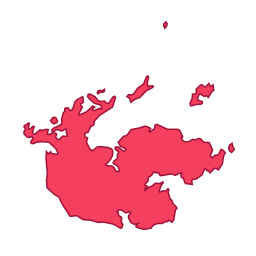 outline of Ongjin, Hwanghae-namdo, North Korea, rotated 175°
{"feature_id": "82179303B18261928237919", "entity_name": "Ongjin", "entity_type": "district", "adm_level": 2, "iso_a3": "PRK", "parent_name": "North Korea", "parent_adm1": "Hwanghae-namdo", "projection": "orthographic", "projection_center": [125.207, 37.865], "detail": "fine", "context": "isolated", "style": "filled", "palette": "rose", "viewbox_px": 256, "rotation_deg": 175, "n_neighbors": 0, "source": "geoboundaries", "source_scale": "gbopen_adm2", "svg_char_len": 4535}
<svg xmlns="http://www.w3.org/2000/svg" viewBox="0 0 256 256"><g transform="rotate(175 128 128)"><path d="M213.8,75.4L209.7,71.1L207.0,68.2L202.9,65.3L200.2,58.1L193.4,45.1L186.5,45.1L181.1,40.8L172.8,39.3L166.0,36.5L160.5,36.4L150.9,33.5L144.3,28.9L142.9,29.0L141.5,32.4L142.9,34.8L142.1,38.5L142.6,40.1L144.9,41.4L145.0,44.3L146.4,45.8L143.5,47.1L141.3,46.7L137.7,43.7L133.7,44.2L132.6,43.3L134.9,40.9L135.5,38.7L135.1,37.8L133.4,33.7L130.4,31.5L126.1,32.0L128.6,30.0L128.4,28.5L122.6,26.1L119.7,25.6L113.7,26.3L111.7,28.5L109.1,29.8L106.3,30.3L102.0,29.9L98.9,31.6L97.3,31.2L95.4,32.4L92.3,30.4L90.5,32.2L88.5,40.0L88.0,42.4L86.4,43.2L86.7,45.1L89.9,48.9L90.5,51.9L92.2,53.8L93.6,60.1L92.7,63.4L93.5,64.0L95.8,61.9L98.3,62.4L102.0,61.4L102.3,62.5L100.0,68.0L97.7,70.2L98.1,71.3L101.0,69.9L105.5,70.6L109.4,68.0L112.9,66.9L114.7,65.5L116.3,64.2L116.5,66.2L113.8,68.2L115.7,69.3L116.1,70.2L112.7,73.5L111.9,77.0L108.6,78.8L106.6,81.7L101.3,80.4L100.3,78.1L99.2,77.6L88.5,78.5L85.1,76.7L80.5,78.4L78.3,78.3L79.6,76.0L78.9,74.0L77.1,73.1L76.4,69.8L76.1,68.6L75.3,67.6L68.8,66.2L69.2,69.8L68.1,71.0L64.2,71.4L58.4,74.8L55.3,80.4L54.4,80.9L52.9,78.4L51.5,78.4L50.2,76.1L46.1,79.7L44.4,80.3L43.3,79.6L41.4,78.4L37.0,84.3L35.4,91.3L34.1,93.5L33.3,94.7L34.9,97.3L37.0,98.7L40.2,93.5L43.3,93.3L43.7,93.3L46.7,91.0L48.5,93.3L45.6,98.6L48.4,106.4L53.6,107.2L56.7,110.9L58.6,111.5L61.5,110.2L64.5,111.0L69.4,108.8L72.5,109.3L74.5,110.7L74.7,111.0L75.7,113.3L74.3,114.5L76.7,121.2L78.5,122.3L88.8,123.3L98.8,129.1L100.6,128.7L101.8,125.0L106.7,122.1L107.6,122.6L105.5,125.5L108.3,127.5L111.3,128.4L116.7,127.0L120.2,126.7L124.9,126.2L129.9,120.6L133.3,120.1L139.0,114.6L137.0,110.4L131.9,107.3L132.9,105.8L134.5,105.3L139.3,110.0L142.3,110.1L142.6,107.9L139.3,104.9L141.1,102.0L140.7,100.3L141.4,98.3L144.3,96.8L145.8,94.8L145.3,93.5L142.3,91.7L141.2,90.0L140.5,87.8L140.9,85.3L144.1,86.4L145.4,89.8L147.1,91.5L152.2,92.3L153.4,93.2L148.0,98.4L146.0,101.7L145.1,106.0L145.9,108.4L149.6,110.3L157.8,112.0L160.8,111.6L165.5,108.3L168.2,111.1L170.6,117.6L169.1,121.9L171.5,122.8L171.8,124.6L171.1,126.7L168.2,127.2L165.2,132.3L161.7,134.2L160.8,138.0L155.3,143.0L141.5,150.3L137.8,159.4L138.5,160.8L140.1,160.4L144.9,154.5L146.8,154.3L149.1,156.9L153.2,156.8L155.7,158.2L158.1,162.0L162.6,165.0L163.9,165.1L164.5,165.2L165.6,163.1L164.0,160.4L159.2,155.5L153.3,153.2L152.1,150.8L152.7,149.2L154.6,150.1L159.9,148.3L161.7,148.7L161.9,149.8L159.3,151.6L161.1,153.0L167.9,147.8L175.4,145.1L175.8,146.4L171.6,152.8L173.0,154.4L173.0,156.0L170.4,157.4L170.1,162.6L170.7,163.1L175.6,161.0L178.5,158.8L181.2,152.4L183.1,150.3L184.5,150.8L185.8,153.1L187.7,153.5L189.4,152.8L189.4,150.2L191.0,149.0L193.0,143.7L193.9,137.4L202.5,134.2L204.0,132.8L204.0,131.1L203.4,131.1L202.1,131.0L199.1,132.6L193.9,130.8L190.5,132.4L189.5,131.8L190.0,129.5L189.1,126.4L189.6,125.1L194.0,125.5L197.5,122.5L199.9,123.2L200.8,125.4L199.6,128.0L200.4,129.2L203.8,129.5L208.2,128.3L208.9,129.3L207.6,133.3L210.2,133.9L213.0,133.0L215.8,133.8L219.7,131.1L221.6,129.8L222.8,130.3L223.5,132.1L221.4,137.7L222.7,137.9L225.7,135.4L226.9,135.4L227.1,137.7L225.8,140.8L226.4,141.6L231.1,139.3L231.5,138.3L230.1,135.4L231.9,133.6L232.1,131.1L229.0,127.6L226.9,127.2L224.6,128.0L223.5,126.0L226.3,122.4L225.5,121.0L223.4,120.6L220.6,121.8L215.6,121.8L214.3,121.8L208.0,120.7L201.8,113.8L199.9,109.2L201.1,108.0L206.3,109.1L207.2,111.2L209.6,109.2L211.3,111.6L212.2,105.6L212.3,99.9L212.3,89.8L213.8,82.6L213.8,75.4ZM63.4,144.5L57.4,145.5L53.5,145.3L51.6,146.3L51.8,147.9L56.0,149.7L56.3,151.3L54.3,155.2L52.7,155.4L49.7,153.0L49.2,153.0L46.7,153.1L45.3,151.5L43.1,154.5L41.8,156.3L39.3,158.1L39.5,163.4L40.8,162.5L42.5,162.8L43.1,164.3L43.6,165.4L46.8,162.4L48.3,162.3L50.7,164.7L52.0,164.5L56.7,160.7L56.7,157.3L57.7,156.1L60.8,156.0L61.4,152.0L64.2,146.9L63.4,144.5ZM126.4,159.5L123.9,157.5L122.9,153.4L118.6,155.9L113.5,157.5L106.3,163.6L99.7,166.3L99.2,167.2L99.5,167.5L99.9,168.0L104.2,167.7L105.1,170.6L103.0,176.6L103.6,178.0L105.0,177.7L108.7,170.4L115.1,166.7L119.1,161.7L121.2,160.7L124.6,161.0L126.4,159.5ZM202.2,144.7L204.5,142.0L203.6,140.3L201.2,138.5L198.4,139.6L197.5,141.3L199.1,144.6L200.5,145.2L202.2,144.7ZM28.3,102.2L29.1,100.4L29.4,98.3L28.7,96.3L26.9,94.6L23.9,97.4L25.3,100.4L25.6,103.7L28.3,102.2ZM155.6,165.8L155.0,164.7L152.4,166.1L150.1,165.7L148.2,166.7L148.1,168.6L151.0,167.1L152.7,167.9L154.6,167.5L155.6,165.8ZM83.2,228.7L83.5,226.5L82.6,224.2L80.8,226.0L79.9,228.3L80.9,230.4L83.2,228.7Z" fill="#f43f5e" stroke="#9f1239" stroke-width="1.5"/></g></svg>